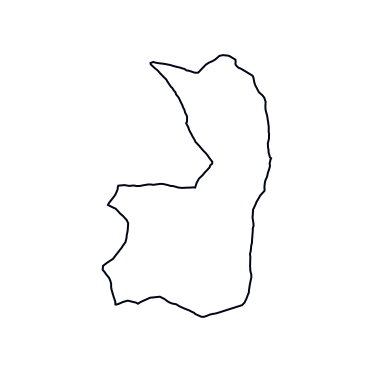 the district of Odigbo, Ondo, Nigeria, rotated 121°
{"feature_id": "59680162B61774592523326", "entity_name": "Odigbo", "entity_type": "district", "adm_level": 2, "iso_a3": "NGA", "parent_name": "Nigeria", "parent_adm1": "Ondo", "projection": "natural_earth1", "projection_center": [4.681, 6.732], "detail": "fine", "context": "isolated", "style": "outline", "palette": "ink", "viewbox_px": 384, "rotation_deg": 121, "n_neighbors": 0, "source": "geoboundaries", "source_scale": "gbopen_adm2", "svg_char_len": 3615}
<svg xmlns="http://www.w3.org/2000/svg" viewBox="0 0 384 384"><g transform="rotate(121 192 192)"><path d="M246.4,257.4L246.0,252.1L245.6,249.0L246.7,244.9L247.5,242.5L248.1,238.7L249.8,233.3L251.7,230.6L257.7,227.5L260.0,226.6L262.5,225.8L265.0,224.5L269.3,223.2L273.6,223.6L276.1,223.6L278.3,223.9L283.2,224.5L290.0,225.3L297.0,228.6L300.3,229.9L300.9,230.2L303.7,229.0L304.7,228.5L305.8,225.2L306.5,223.9L308.3,218.9L310.4,216.0L312.5,213.9L314.7,212.7L317.2,210.6L322.0,205.4L325.0,201.9L325.7,201.1L327.8,199.8L327.4,198.8L325.6,197.2L323.8,195.9L322.0,194.7L318.2,191.1L317.4,188.6L316.7,186.2L315.6,182.9L315.6,180.8L313.1,179.6L304.1,173.4L302.6,171.3L298.3,165.6L297.9,160.6L298.3,156.6L298.3,154.8L297.9,151.9L296.4,147.8L296.4,143.6L296.0,140.3L295.7,137.8L294.9,133.3L294.8,131.1L294.5,127.9L294.9,126.2L294.5,122.9L294.1,119.6L292.8,117.4L290.5,115.5L287.7,113.4L286.2,111.8L283.7,108.9L281.5,106.9L263.2,90.8L259.6,90.0L255.3,90.4L250.6,91.3L249.5,91.3L248.8,91.6L246.7,92.6L242.7,94.3L240.6,95.1L234.5,97.2L232.4,98.5L229.5,101.4L225.2,104.3L217.5,108.6L215.4,110.3L211.8,111.5L207.7,113.5L204.8,114.4L201.6,116.1L198.4,117.7L193.8,120.0L193.4,120.2L192.0,121.1L189.1,121.9L186.2,124.0L182.7,127.0L179.4,128.6L176.2,130.3L175.1,130.7L174.1,130.7L169.4,131.2L167.3,131.6L164.0,131.6L159.7,131.7L155.8,130.9L154.0,130.5L152.6,130.9L151.1,132.1L148.6,133.4L145.8,134.6L144.0,135.1L140.4,135.5L136.5,136.8L132.9,137.6L132.5,137.7L129.6,138.5L127.5,140.2L126.0,140.6L125.0,141.0L123.9,141.4L122.4,141.5L122.1,143.1L120.0,145.2L118.6,146.8L117.1,147.7L116.8,147.8L115.0,149.5L113.2,150.7L111.4,152.0L106.4,153.6L105.0,154.5L102.8,155.7L100.7,157.4L96.4,159.9L94.9,161.2L92.8,162.8L87.8,167.0L84.2,170.8L82.1,172.4L79.9,173.7L76.7,175.4L75.7,176.6L73.9,178.7L72.8,181.6L72.5,183.3L72.1,185.8L71.0,187.8L69.6,189.9L68.2,192.4L66.1,194.9L62.5,198.1L61.4,199.4L61.1,200.5L61.1,203.1L61.1,205.6L61.1,208.1L61.1,211.0L61.1,213.5L61.5,216.0L61.2,218.0L60.5,220.1L59.4,221.0L57.6,221.8L56.2,223.0L56.2,225.5L56.2,227.6L56.2,229.7L56.5,231.2L57.1,232.5L57.7,233.8L58.7,235.9L60.5,237.9L61.6,238.8L63.1,239.2L66.6,240.4L68.1,241.2L69.5,242.0L70.6,242.8L72.4,244.1L74.9,245.3L75.6,245.7L82.7,247.3L86.4,248.1L87.9,250.2L88.6,252.2L89.0,254.3L89.7,257.2L90.6,259.4L90.4,261.8L91.1,264.2L91.5,266.3L91.6,266.5L92.6,269.6L93.7,273.3L94.4,276.2L94.5,276.5L95.2,278.3L95.9,280.4L97.3,283.7L98.8,287.0L99.9,289.9L100.6,292.3L102.8,294.0L103.8,293.2L104.2,291.5L104.9,288.2L105.2,286.1L105.6,283.6L106.6,280.7L107.0,279.1L107.4,277.8L108.1,274.9L108.8,272.0L109.8,270.3L111.2,267.4L112.7,264.1L113.0,262.4L114.3,260.0L114.5,259.3L115.1,257.5L116.6,255.8L117.6,252.9L118.7,250.8L120.5,248.3L122.3,245.4L122.4,245.2L124.0,243.3L125.5,240.8L127.5,238.8L128.0,237.9L129.0,236.2L130.1,235.0L132.2,233.7L134.4,232.5L136.0,232.5L137.3,230.4L138.3,228.7L140.1,226.6L141.2,225.0L142.6,222.5L143.7,220.8L146.2,216.3L147.2,215.0L148.5,210.4L148.6,210.0L150.0,205.9L150.8,203.4L151.5,200.5L152.0,199.1L152.5,197.6L153.9,194.7L155.7,190.1L157.5,189.3L159.6,190.1L161.8,189.6L167.5,190.8L168.2,191.0L172.2,191.6L176.9,192.9L181.5,192.8L182.7,192.5L186.6,191.6L187.3,193.2L189.1,195.7L190.9,198.6L192.3,200.6L194.1,203.5L195.2,206.0L196.0,208.9L196.7,211.4L197.8,213.4L198.5,216.3L199.2,218.4L200.0,220.9L201.4,223.4L203.6,226.2L205.7,228.7L206.8,231.2L208.3,233.7L211.5,237.4L213.4,239.5L213.7,239.8L215.5,242.7L215.9,244.0L216.4,245.1L216.9,246.0L219.1,248.9L220.9,253.5L224.5,258.4L226.3,258.0L227.8,257.2L230.6,256.7L233.9,256.3L237.8,256.7L241.0,257.1L243.9,257.5L246.4,257.4Z" fill="none" stroke="#020617" stroke-width="2"/></g></svg>